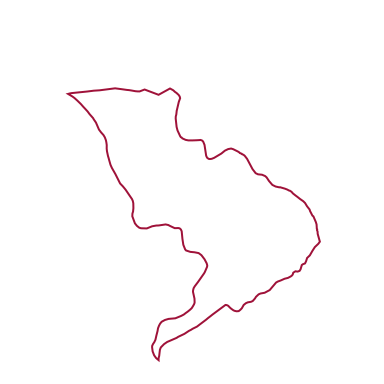 outline of Chajul, Quiché, Guatemala, rotated 336°
{"feature_id": "79465075B19159342798902", "entity_name": "Chajul", "entity_type": "district", "adm_level": 2, "iso_a3": "GTM", "parent_name": "Guatemala", "parent_adm1": "Quiché", "projection": "orthographic", "projection_center": [-91.005, 15.608], "detail": "fine", "context": "isolated", "style": "outline", "palette": "rose", "viewbox_px": 384, "rotation_deg": 336, "n_neighbors": 0, "source": "geoboundaries", "source_scale": "gbopen_adm2", "svg_char_len": 3437}
<svg xmlns="http://www.w3.org/2000/svg" viewBox="0 0 384 384"><g transform="rotate(336 192 192)"><path d="M214.0,88.5L201.0,89.6L192.7,81.4L190.4,79.1L185.0,78.8L183.3,78.0L181.3,76.9L177.9,74.6L175.9,73.3L174.1,72.3L170.1,69.8L163.9,66.0L148.9,61.5L143.5,59.5L137.2,57.6L122.0,52.6L120.1,52.2L119.3,52.1L118.7,52.0L121.6,56.1L122.8,58.2L124.4,61.8L126.2,66.3L127.3,69.8L128.2,72.4L129.4,76.0L130.1,79.2L131.7,84.3L131.8,85.7L132.5,89.5L132.4,97.1L133.2,100.6L134.3,104.0L134.6,106.7L134.4,109.8L133.9,112.0L133.2,114.4L131.7,117.7L130.9,120.2L129.9,124.9L129.6,127.3L129.3,129.1L128.6,134.0L128.6,137.4L129.3,144.4L129.8,155.0L131.1,158.6L131.8,161.1L132.3,163.0L133.7,170.8L134.3,174.0L134.3,176.0L133.8,178.4L131.9,182.9L130.2,185.9L128.8,187.5L127.6,189.9L127.1,197.4L127.9,200.5L129.3,203.2L130.7,204.4L135.9,206.9L141.6,207.1L145.7,208.1L147.9,209.0L154.7,210.9L157.0,212.6L157.8,213.7L161.5,218.0L164.9,219.4L165.8,220.1L166.2,220.7L166.6,221.8L166.6,223.7L164.2,230.9L162.6,236.7L162.4,241.7L162.8,243.0L166.1,246.0L169.8,248.1L173.2,250.5L174.9,253.5L176.1,258.6L176.4,263.1L176.1,265.2L175.6,266.1L175.1,266.7L172.4,269.2L171.2,270.3L170.0,271.2L164.5,274.5L161.0,276.6L156.1,279.3L154.4,280.5L153.5,281.6L152.8,282.6L152.3,283.6L150.9,290.4L149.5,293.9L148.9,294.7L148.2,295.4L146.3,296.8L144.5,298.0L142.2,298.8L139.2,299.6L137.1,300.0L134.7,300.6L131.6,300.8L125.4,300.6L119.0,298.4L115.2,297.9L111.5,298.2L109.3,299.3L107.4,300.8L105.5,302.7L103.9,305.1L101.2,308.5L98.5,312.1L96.4,313.9L94.6,315.0L93.0,316.4L92.4,317.6L91.2,321.6L91.0,325.8L91.6,328.8L91.8,329.4L93.1,332.0L93.9,330.2L95.3,328.5L98.5,323.1L100.3,321.3L104.6,319.6L108.3,318.9L118.6,319.0L120.4,318.7L127.4,318.5L132.8,317.6L135.0,317.5L137.0,317.2L141.8,317.0L145.1,316.2L152.9,314.4L155.3,313.7L158.2,313.0L160.9,312.3L176.6,308.8L177.2,309.1L177.9,309.6L178.8,310.7L179.5,312.7L180.3,314.5L181.7,316.9L182.6,317.9L184.2,319.1L186.2,319.8L188.2,319.3L190.2,318.5L193.3,316.2L196.0,315.5L198.1,315.5L201.2,316.3L203.1,316.3L206.2,314.9L207.8,313.8L211.2,312.6L213.3,312.6L217.4,313.6L223.1,313.2L232.0,308.9L234.0,308.7L237.0,308.9L241.3,308.9L244.7,309.5L247.8,309.3L249.2,309.0L250.4,308.4L251.7,306.9L254.2,306.5L256.2,307.7L258.2,307.8L259.7,306.8L262.6,303.4L263.7,303.1L266.2,303.2L268.0,301.7L270.3,299.1L273.9,297.8L278.0,294.8L281.8,292.3L286.3,290.7L288.6,289.4L289.8,281.3L290.6,279.3L290.7,277.6L291.2,277.0L291.1,276.3L292.6,272.3L292.9,269.9L293.0,263.7L292.4,262.5L292.1,257.4L292.3,255.8L291.3,251.9L290.8,248.0L289.9,245.7L287.8,242.2L286.4,239.5L285.0,237.0L283.6,234.3L283.0,232.3L281.9,230.6L281.3,230.2L280.0,228.5L278.2,226.7L274.3,223.4L273.7,223.3L270.6,221.0L268.3,218.2L266.8,213.2L266.1,209.0L265.3,207.2L263.0,204.7L259.5,202.7L257.8,200.7L256.6,195.7L255.8,184.1L254.9,180.4L254.2,179.0L253.0,177.7L253.0,177.3L251.5,175.8L251.4,175.2L250.4,173.7L247.1,169.7L245.4,168.2L242.5,167.5L238.9,167.6L234.5,168.8L226.1,169.8L223.5,169.7L221.6,169.1L220.6,168.4L219.7,166.7L219.7,164.6L222.6,154.0L222.7,150.6L222.3,149.3L221.7,148.6L220.9,147.9L219.6,147.5L216.5,146.3L213.3,145.0L209.7,143.4L207.4,141.8L205.0,139.1L204.7,138.0L204.1,137.4L203.9,136.2L203.8,129.9L204.4,126.3L207.0,118.2L207.9,116.4L209.1,114.9L209.3,114.6L211.1,111.5L211.6,110.9L216.6,104.3L219.3,101.5L219.6,99.7L219.2,97.6L218.6,96.4L218.3,95.5L217.1,93.5L216.7,92.5L216.3,91.6L216.0,91.1L214.0,88.5Z" fill="none" stroke="#9f1239" stroke-width="2"/></g></svg>